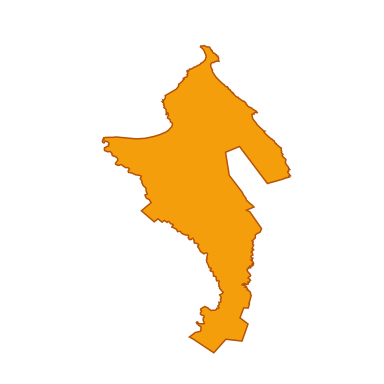 Bahía de Banderas, Nayarit, Mexico, rotated 112°
{"feature_id": "50627088B73050427186978", "entity_name": "Bahía de Banderas", "entity_type": "district", "adm_level": 2, "iso_a3": "MEX", "parent_name": "Mexico", "parent_adm1": "Nayarit", "projection": "equal_earth", "projection_center": [-105.326, 20.829], "detail": "fine", "context": "isolated", "style": "filled", "palette": "amber", "viewbox_px": 384, "rotation_deg": 112, "n_neighbors": 0, "source": "geoboundaries", "source_scale": "gbopen_adm2", "svg_char_len": 6048}
<svg xmlns="http://www.w3.org/2000/svg" viewBox="0 0 384 384"><g transform="rotate(112 192 192)"><path d="M269.7,130.9L270.9,130.4L273.0,126.5L273.2,125.6L274.5,125.7L277.1,127.8L278.7,125.5L279.3,125.3L280.7,125.6L281.6,124.6L283.0,124.2L283.3,124.2L284.2,125.8L286.0,124.6L288.0,125.3L288.6,124.9L289.0,123.7L289.3,123.6L290.1,124.2L290.7,125.5L291.8,125.4L293.1,126.3L293.6,128.1L294.7,129.8L294.2,132.2L293.5,133.9L293.4,137.4L297.0,140.0L298.1,139.9L298.6,138.7L299.0,138.5L300.8,138.9L302.0,138.5L302.6,137.2L302.2,135.0L302.6,134.2L303.6,133.9L304.6,134.4L306.5,133.8L309.3,131.3L309.7,131.5L311.3,135.6L311.2,137.4L310.4,138.0L310.7,138.9L311.4,139.1L312.2,138.3L312.4,137.1L313.2,135.7L313.6,133.2L317.0,131.9L317.8,132.0L318.5,132.7L321.1,136.4L327.4,140.1L327.8,136.4L332.9,111.6L315.8,105.4L311.5,89.8L293.4,90.6L290.7,100.4L280.0,100.6L278.6,96.4L274.1,96.8L273.8,97.6L273.3,97.7L272.2,97.5L265.5,98.4L265.0,99.4L263.2,100.2L262.5,101.5L262.5,102.2L261.8,102.9L262.1,104.2L261.3,104.1L260.2,105.4L260.4,106.9L259.3,106.2L258.8,107.9L259.1,109.0L258.7,109.0L259.3,110.8L259.1,111.0L258.4,110.6L256.9,108.8L257.3,107.5L256.9,106.1L256.1,105.3L254.6,106.4L254.0,105.0L252.1,105.3L251.9,104.9L251.1,106.0L250.8,107.8L249.6,107.6L248.6,106.6L247.5,106.3L246.4,107.5L245.2,110.1L243.6,111.8L242.6,112.0L242.4,111.4L241.5,110.9L240.7,111.3L240.7,110.1L240.3,109.2L239.9,109.2L239.4,110.3L238.9,110.6L238.6,109.0L237.8,108.3L237.1,108.0L237.2,108.5L236.5,109.5L235.9,109.1L236.1,108.2L235.2,108.1L234.8,108.9L234.2,108.9L233.0,111.6L232.7,110.6L231.5,110.9L231.1,111.6L230.6,111.1L230.5,112.6L229.6,113.3L228.2,112.6L227.6,111.9L225.8,113.3L225.5,114.5L224.8,114.6L224.1,113.9L223.3,114.2L223.1,113.6L222.4,113.2L221.8,114.4L222.2,114.5L221.9,115.2L218.0,115.0L217.5,116.5L215.7,116.4L215.0,117.7L214.8,117.2L214.3,117.7L210.8,116.1L208.2,117.2L205.8,115.9L205.0,114.9L203.5,113.8L199.9,113.8L188.8,130.8L188.5,134.7L182.7,128.9L181.5,131.7L181.1,133.5L179.1,138.6L177.8,139.4L175.6,143.0L173.4,145.4L162.6,163.7L142.6,175.8L132.0,165.0L155.9,125.3L146.8,113.5L144.7,111.1L143.8,110.6L143.9,110.3L141.8,107.5L141.6,108.1L141.1,108.2L140.1,106.8L138.1,110.3L137.0,110.9L136.4,110.1L135.0,110.7L134.5,109.9L133.6,111.5L133.0,111.6L132.8,111.2L132.9,111.7L132.3,113.1L130.1,116.3L126.6,117.2L125.4,120.6L124.3,122.1L123.0,121.8L122.0,123.9L120.7,124.1L119.6,125.2L117.8,125.6L117.4,127.9L116.0,131.9L115.7,131.9L115.2,133.7L113.8,135.0L113.8,135.8L112.9,137.9L113.2,138.3L110.9,144.8L109.4,147.8L109.0,147.9L108.3,147.3L108.4,148.6L106.2,154.5L104.9,157.4L104.3,157.9L101.7,162.6L100.6,163.7L97.8,165.4L97.3,165.4L96.9,164.8L96.6,163.7L95.7,164.1L95.0,163.7L94.4,163.0L94.5,162.0L93.9,161.3L93.0,162.7L92.5,166.5L91.9,167.7L91.7,169.7L92.0,170.2L91.3,172.9L90.8,173.4L90.2,174.9L89.6,175.0L89.0,175.9L88.9,177.1L88.4,177.4L88.3,178.0L88.7,178.7L87.5,183.9L86.9,184.6L87.2,185.4L86.9,187.3L85.8,189.7L84.8,190.7L85.2,191.2L85.1,191.7L84.7,191.7L84.2,192.5L83.8,192.5L84.2,192.7L84.1,193.6L83.0,194.9L83.2,195.3L83.0,196.4L82.7,196.4L82.3,196.8L82.3,197.4L81.5,198.0L81.2,198.7L81.6,199.1L81.6,199.6L81.2,201.5L80.6,202.1L79.7,205.5L76.3,213.2L73.0,217.9L72.0,218.6L71.3,218.7L69.1,221.3L66.6,222.5L64.2,221.7L63.8,220.2L62.8,219.9L62.1,218.7L61.3,218.2L60.7,216.0L59.4,217.1L58.6,217.1L57.3,218.0L57.0,218.7L56.4,218.8L56.4,220.3L55.6,220.8L55.7,221.8L54.9,223.0L55.2,223.7L55.0,224.4L54.1,226.0L53.4,226.2L53.4,226.9L53.0,227.5L51.1,230.0L51.9,233.0L51.7,235.7L52.9,237.1L53.2,238.5L54.3,238.6L55.1,235.9L56.1,234.2L60.6,229.7L64.8,229.2L68.2,230.9L69.4,232.1L70.8,232.3L72.8,234.3L74.9,235.8L75.6,237.1L76.5,237.4L78.3,238.8L78.9,240.3L81.0,240.5L81.0,241.2L81.5,240.9L81.8,242.0L83.8,240.2L85.2,240.6L85.6,239.7L87.6,240.1L87.9,241.0L89.8,242.5L90.0,241.7L90.9,241.7L91.2,242.2L92.4,242.3L95.8,243.8L97.0,244.8L97.6,244.3L98.4,244.5L99.0,244.0L102.5,245.1L112.7,253.0L113.3,252.4L115.7,251.9L116.9,252.5L117.4,252.4L117.8,252.7L117.7,253.4L118.4,252.8L119.1,253.5L119.2,252.6L119.8,252.7L119.8,252.0L120.8,251.2L121.2,251.3L121.4,250.7L122.2,250.6L123.4,249.4L124.2,249.7L125.0,247.2L128.0,245.5L129.8,245.1L130.0,243.9L129.7,245.0L128.7,245.3L128.6,244.8L128.3,245.3L127.9,245.4L127.7,244.2L128.1,243.5L129.4,242.9L129.7,243.3L129.6,242.7L130.0,242.5L131.6,242.7L132.6,242.4L133.1,239.5L135.0,238.3L135.4,236.5L136.2,235.6L138.7,235.2L143.7,237.0L146.2,238.7L151.2,243.7L154.8,248.2L159.7,255.4L163.6,263.5L169.4,283.0L170.7,285.3L173.6,292.2L174.8,294.2L176.3,294.2L176.0,293.6L176.5,293.4L177.1,294.0L178.5,294.2L179.5,293.1L179.5,292.0L177.5,291.7L177.0,289.1L177.5,287.7L178.8,286.9L179.6,287.2L180.4,286.5L183.7,289.7L185.8,289.1L186.3,288.5L186.3,285.3L185.1,283.0L186.1,280.9L188.1,279.5L187.9,276.3L188.4,274.2L189.4,273.1L190.4,272.7L194.0,273.7L194.9,273.2L195.1,270.9L194.5,269.6L193.6,268.9L193.1,267.6L194.3,263.1L193.4,260.3L193.9,258.7L196.5,259.1L197.6,258.1L196.9,255.0L197.2,250.8L196.5,248.2L196.2,245.2L196.7,244.7L198.9,245.1L200.6,242.6L202.1,242.0L204.4,239.5L205.6,236.2L208.5,234.8L210.0,233.1L210.9,232.7L212.1,234.4L212.7,234.3L214.6,232.3L215.0,231.2L215.0,228.8L216.2,227.4L217.0,225.8L228.4,231.9L233.8,215.8L229.6,213.5L231.2,208.5L228.7,207.0L229.5,203.7L228.9,203.7L228.0,202.3L229.4,200.0L229.1,197.8L229.4,197.2L230.2,197.0L231.4,197.7L232.1,197.6L232.0,194.9L232.3,194.1L232.4,192.2L234.1,190.7L234.0,190.1L233.0,188.6L233.1,187.6L234.0,186.3L234.3,185.0L234.3,182.1L233.5,179.3L234.3,178.5L235.9,178.4L237.1,176.5L236.3,174.9L234.8,174.4L234.6,173.6L236.8,171.4L237.5,171.4L238.4,170.7L237.8,167.4L238.3,166.1L239.1,166.0L240.0,166.5L240.6,166.3L242.0,164.0L244.0,161.8L244.9,157.7L243.3,156.5L243.1,155.5L243.6,154.3L247.4,153.7L248.3,152.9L249.3,153.3L251.4,152.1L253.8,149.3L255.6,147.9L255.8,147.3L255.3,146.2L255.6,145.4L256.4,145.4L257.6,146.0L258.1,145.7L258.4,144.7L258.0,142.8L261.1,140.8L261.7,140.8L262.0,140.5L261.5,139.4L261.7,137.9L264.5,136.5L265.2,135.6L264.2,134.2L264.6,133.3L267.1,133.0L268.8,131.7L269.4,131.7L269.7,130.9Z" fill="#f59e0b" stroke="#b45309" stroke-width="1.5"/></g></svg>